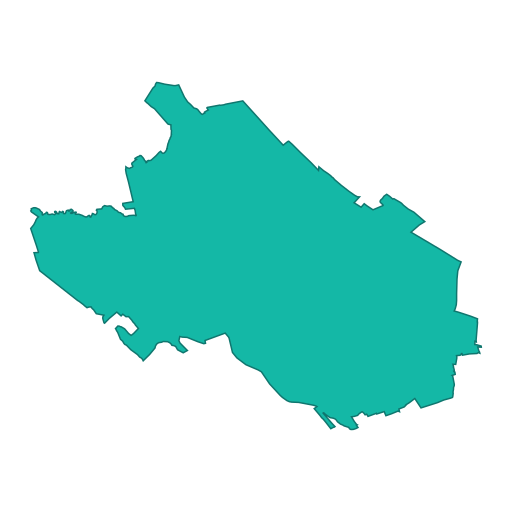 Ungureni, Botosani, Romania (Equal Earth projection)
{"feature_id": "2599482B7783599693239", "entity_name": "Ungureni", "entity_type": "district", "adm_level": 2, "iso_a3": "ROU", "parent_name": "Romania", "parent_adm1": "Botosani", "projection": "equal_earth", "projection_center": [26.747, 47.904], "detail": "fine", "context": "isolated", "style": "filled", "palette": "teal", "viewbox_px": 512, "rotation_deg": 0, "n_neighbors": 0, "source": "geoboundaries", "source_scale": "gbopen_adm2", "svg_char_len": 6012}
<svg xmlns="http://www.w3.org/2000/svg" viewBox="0 0 512 512"><path d="M335.0,426.6L331.9,423.3L323.1,413.1L323.5,412.8L324.3,413.2L325.3,414.3L330.0,417.6L333.3,418.2L335.2,419.0L336.2,419.9L337.5,421.8L340.5,424.1L342.7,425.0L344.1,425.9L348.8,427.4L349.4,428.6L350.3,429.3L351.1,429.5L353.4,429.4L356.1,428.5L358.0,427.5L356.4,425.2L357.2,424.8L356.5,424.4L354.3,421.5L351.5,416.8L354.2,416.4L357.6,415.4L359.1,413.7L361.9,411.8L362.3,411.8L363.9,413.2L365.1,414.8L366.7,414.2L368.0,416.4L376.4,413.3L376.7,414.0L384.2,411.6L385.9,415.7L391.4,413.8L398.0,411.1L399.5,411.7L398.9,409.0L404.3,406.9L406.1,405.0L405.9,404.9L406.1,404.7L409.3,402.7L414.8,398.5L421.0,407.9L437.6,402.6L443.8,400.0L450.7,398.1L452.5,397.4L452.8,396.4L453.2,393.2L453.0,392.1L453.5,389.2L453.5,387.6L454.2,385.7L454.3,384.4L452.8,376.6L452.5,375.6L452.2,375.4L455.2,374.4L455.0,372.7L454.8,372.1L454.5,372.2L453.8,371.2L454.3,371.0L454.2,369.9L453.8,368.2L453.4,367.4L453.6,367.1L453.1,365.1L453.3,364.6L453.1,364.3L455.7,364.4L456.8,358.2L456.8,356.7L456.5,355.6L459.9,355.3L460.5,355.0L461.5,353.6L461.9,353.5L462.1,353.8L462.4,355.2L469.5,353.9L477.0,353.5L477.7,352.9L478.5,352.7L479.8,353.2L479.5,352.0L478.8,350.8L477.7,347.0L481.3,347.2L481.2,346.1L476.9,344.8L474.8,344.5L474.9,341.3L476.3,341.9L476.1,340.2L477.5,323.0L477.5,322.0L477.2,321.9L477.5,318.8L470.4,316.1L458.5,312.2L454.2,311.0L455.2,308.8L456.3,304.7L456.6,300.6L456.6,293.5L457.0,279.1L457.8,270.8L461.1,261.9L457.6,260.3L440.9,249.9L411.0,232.2L419.4,224.9L424.8,221.6L413.9,212.2L408.3,209.1L403.5,205.3L401.6,203.3L400.5,202.5L393.9,198.7L392.7,199.0L389.5,196.2L386.7,194.3L384.0,196.2L382.4,198.5L380.8,199.9L380.2,200.9L380.1,201.8L380.4,202.4L382.9,204.8L383.1,205.3L382.9,205.6L373.0,209.8L367.2,206.0L364.2,203.7L361.1,207.2L354.1,202.8L359.5,196.9L357.5,196.8L354.8,195.4L348.8,191.2L341.1,185.2L334.8,179.8L333.0,177.7L332.0,177.1L330.7,175.7L327.8,173.5L323.6,170.7L318.9,166.8L318.5,170.4L311.2,162.8L300.0,152.1L292.3,144.4L288.7,141.2L288.0,141.4L287.0,142.1L283.2,145.2L269.8,130.8L242.8,100.9L225.6,104.2L223.9,104.8L220.5,105.3L219.8,105.1L207.4,107.4L207.0,107.6L206.9,108.0L208.3,110.0L205.1,111.7L204.4,112.3L204.8,113.0L202.2,114.4L201.1,113.7L199.2,111.5L198.1,110.0L196.7,108.8L193.9,108.0L190.5,104.4L187.7,102.0L184.4,97.1L178.7,84.9L175.5,85.6L173.9,85.6L164.8,84.2L158.6,82.7L156.6,82.5L155.6,84.0L155.0,86.1L152.9,88.1L144.9,100.8L146.9,102.8L147.7,103.3L151.2,106.6L154.5,108.7L167.8,123.9L168.3,124.2L170.9,124.8L171.0,129.3L171.5,130.3L171.3,133.7L171.5,134.4L171.1,135.0L171.2,136.0L171.0,136.5L170.2,137.8L170.1,138.6L169.1,140.4L168.6,142.3L168.0,143.6L167.1,147.7L167.2,148.5L166.8,148.7L166.6,149.9L165.4,151.8L164.0,153.1L162.9,153.3L162.3,153.1L160.6,151.3L160.3,151.5L159.0,152.5L156.2,155.6L151.0,160.3L148.4,160.8L148.2,160.5L146.2,161.7L146.7,162.4L146.1,162.7L145.2,160.9L144.4,160.2L144.1,159.3L143.0,157.7L141.1,155.7L140.0,155.5L139.4,156.1L137.4,156.9L135.0,158.4L134.9,158.6L135.2,159.3L136.3,159.5L131.9,163.1L131.8,163.6L131.9,164.6L132.8,166.0L132.8,166.5L132.4,167.1L130.7,167.7L129.6,168.4L129.2,168.4L127.3,167.8L125.9,166.8L125.9,168.1L125.6,169.6L126.2,173.4L128.5,182.0L133.2,201.7L122.8,203.4L122.8,205.2L123.5,206.3L124.2,206.9L125.2,208.4L125.5,209.2L134.4,208.3L134.6,208.6L134.6,209.1L135.1,210.3L135.6,213.9L136.2,215.2L136.1,215.6L135.8,215.7L134.5,215.3L132.9,215.3L128.9,215.6L127.2,216.4L125.6,216.5L124.5,216.3L123.3,215.4L123.1,214.3L121.7,213.8L120.6,212.8L118.5,212.3L117.1,210.8L114.5,209.5L113.9,208.5L113.2,208.3L112.7,207.5L111.4,206.7L111.1,206.1L109.5,205.9L107.1,206.2L104.5,205.6L102.7,206.9L101.7,208.9L96.9,209.3L96.4,210.1L96.4,210.4L97.1,210.9L97.1,212.7L96.4,214.0L95.8,214.6L95.0,214.7L93.0,213.6L92.4,213.5L92.2,214.5L91.4,215.7L91.1,216.7L90.7,217.1L89.9,216.8L89.6,215.6L89.3,215.4L88.4,215.6L87.2,216.7L85.9,217.0L83.9,216.3L82.3,215.4L78.8,214.2L75.7,214.3L75.3,214.0L75.2,213.5L76.1,212.6L76.2,212.3L75.9,212.1L73.9,212.4L72.1,213.4L70.9,213.4L70.6,213.0L71.7,212.1L72.9,212.0L73.0,210.6L71.5,209.3L70.2,209.5L69.7,210.8L69.3,211.0L68.7,211.0L68.5,210.2L68.2,210.1L66.5,210.7L65.4,213.4L64.8,213.7L63.5,213.5L63.4,211.8L62.7,211.4L61.7,212.4L60.6,212.1L59.5,211.5L59.2,211.9L59.1,212.7L58.7,213.3L58.7,213.8L57.8,213.8L57.3,213.5L56.5,212.1L55.9,211.5L55.2,211.3L54.7,211.6L54.8,212.5L56.2,213.4L54.6,214.7L52.2,214.0L49.9,214.6L48.2,214.4L47.8,214.2L47.6,213.0L47.1,212.4L46.4,212.3L45.6,213.5L43.7,214.2L43.0,214.9L42.4,214.9L42.2,214.3L42.2,212.5L40.6,211.2L39.5,209.5L36.3,208.0L35.0,207.7L33.4,207.8L31.2,208.8L31.4,210.2L30.8,210.9L31.4,211.9L38.5,216.9L37.2,218.1L36.1,219.8L35.4,221.6L33.8,224.7L30.7,228.5L36.4,245.5L38.5,252.2L38.4,252.5L34.0,252.7L36.0,259.9L39.7,270.7L77.6,300.5L78.7,301.1L83.4,304.6L84.5,305.7L87.0,307.7L88.7,307.1L91.0,306.8L91.3,307.5L92.9,309.2L93.5,309.6L96.3,313.7L103.9,315.2L102.8,317.0L102.8,318.6L104.0,322.8L104.6,323.2L109.3,318.4L116.8,312.1L121.1,315.9L122.8,314.2L126.0,316.7L128.6,316.6L131.9,320.3L132.8,321.8L134.8,323.9L135.3,324.9L138.4,328.5L133.6,333.5L131.1,335.4L128.6,333.5L124.6,328.8L121.2,326.8L120.3,326.7L119.5,326.2L117.9,326.0L115.5,328.6L116.0,329.3L116.6,330.8L117.2,331.5L118.0,333.1L120.5,339.3L122.6,341.1L124.0,343.5L124.8,344.4L126.5,345.2L130.8,349.7L137.5,354.6L139.7,357.1L141.4,358.1L142.4,359.2L143.2,360.8L149.6,354.5L155.0,348.0L155.4,346.2L156.6,344.1L158.6,342.7L161.7,342.2L163.2,341.5L167.6,341.7L169.7,342.7L171.2,344.1L171.9,345.3L174.1,345.7L175.7,346.5L177.6,349.8L183.2,352.8L187.4,350.5L180.0,343.0L178.9,340.6L179.8,336.5L182.1,337.1L187.2,337.4L197.8,341.7L203.8,343.7L205.5,343.3L205.0,340.5L225.2,333.1L228.6,337.1L229.1,338.2L232.5,352.5L236.9,357.9L245.9,364.7L258.1,369.9L261.4,371.8L269.6,383.9L280.2,395.4L282.4,397.4L286.9,400.6L289.4,401.7L291.7,402.1L298.6,402.4L313.4,405.2L316.0,406.0L317.0,406.6L314.2,408.6L320.0,415.5L321.6,417.7L323.2,419.1L325.6,422.0L330.8,428.7L333.2,427.4L334.1,427.2L335.0,426.6Z" fill="#14b8a6" stroke="#0f766e" stroke-width="1.5"/></svg>